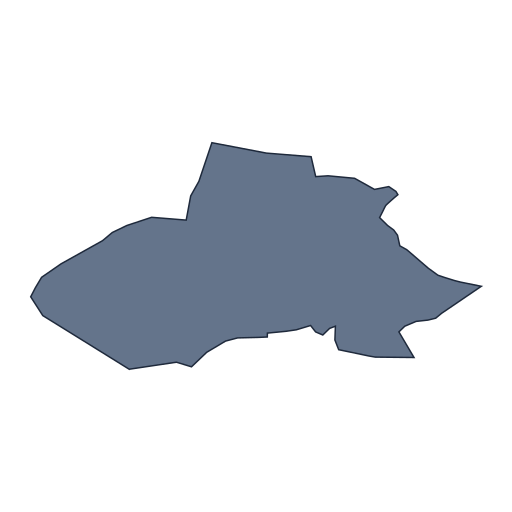 Binji, Sokoto, Nigeria
{"feature_id": "59680162B68799842423101", "entity_name": "Binji", "entity_type": "district", "adm_level": 2, "iso_a3": "NGA", "parent_name": "Nigeria", "parent_adm1": "Sokoto", "projection": "mercator", "projection_center": [4.841, 13.211], "detail": "fine", "context": "isolated", "style": "filled", "palette": "slate", "viewbox_px": 512, "rotation_deg": 0, "n_neighbors": 0, "source": "geoboundaries", "source_scale": "gbopen_adm2", "svg_char_len": 978}
<svg xmlns="http://www.w3.org/2000/svg" viewBox="0 0 512 512"><path d="M191.5,366.8L206.7,352.3L225.5,341.1L237.6,337.9L258.4,337.4L267.3,337.0L267.4,333.1L286.0,331.3L296.3,329.8L310.6,325.5L315.6,331.9L322.8,335.0L329.6,328.4L335.4,326.2L334.9,340.0L338.7,349.7L368.9,356.0L375.3,357.1L414.0,357.5L398.9,331.9L404.8,326.2L416.1,321.4L427.9,320.1L435.7,318.2L441.6,313.3L481.3,286.3L460.6,282.1L454.7,280.6L444.7,277.5L437.9,275.2L428.4,268.3L406.9,249.8L399.8,245.8L397.5,235.2L393.7,230.0L387.6,225.5L379.6,217.6L382.5,211.9L384.3,208.2L385.5,205.9L386.2,205.0L387.9,203.4L391.0,200.6L394.3,197.7L397.9,194.7L395.9,191.4L388.8,186.6L374.5,189.4L354.6,178.3L328.1,175.8L315.7,176.6L311.1,156.7L266.4,153.1L211.9,142.7L198.9,181.3L190.7,195.9L186.2,220.1L151.6,217.3L126.8,225.5L112.3,232.5L102.5,240.7L61.1,263.8L41.6,277.3L35.4,287.7L30.7,296.8L42.8,315.6L75.7,336.0L129.3,369.3L129.4,369.2L176.4,362.2L191.5,366.8Z" fill="#64748b" stroke="#1e293b" stroke-width="1.5"/></svg>